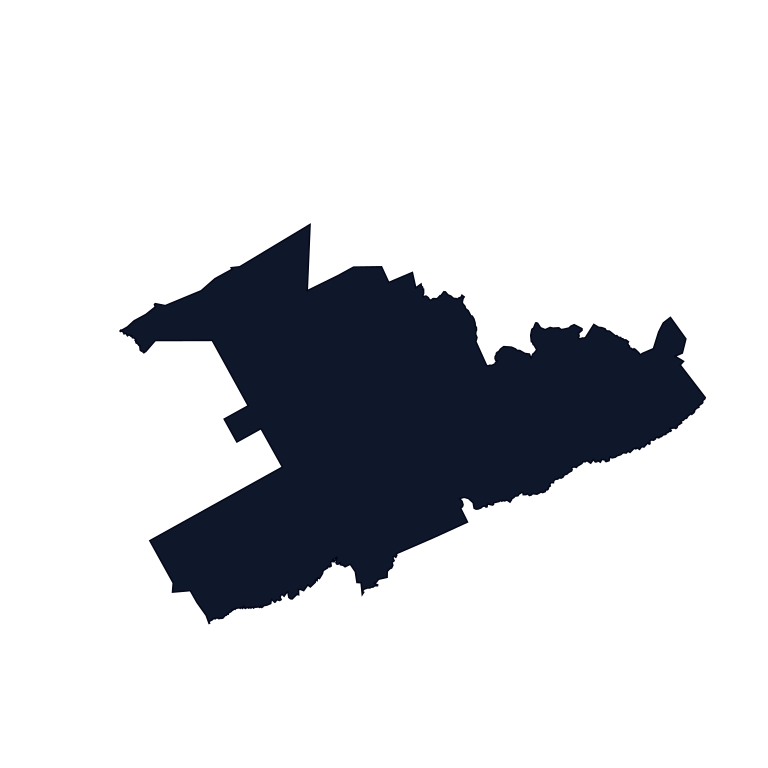 Casas Grandes, Chihuahua, Mexico (Natural Earth projection), rotated 61°
{"feature_id": "50627088B75483680253785", "entity_name": "Casas Grandes", "entity_type": "district", "adm_level": 2, "iso_a3": "MEX", "parent_name": "Mexico", "parent_adm1": "Chihuahua", "projection": "natural_earth1", "projection_center": [-108.11, 30.215], "detail": "fine", "context": "isolated", "style": "filled", "palette": "ink", "viewbox_px": 768, "rotation_deg": 61, "n_neighbors": 0, "source": "geoboundaries", "source_scale": "gbopen_adm2", "svg_char_len": 6169}
<svg xmlns="http://www.w3.org/2000/svg" viewBox="0 0 768 768"><g transform="rotate(61 384 384)"><path d="M551.7,109.6L511.0,115.7L509.4,111.0L500.8,116.0L501.6,108.1L490.9,98.1L464.6,101.2L466.0,110.2L471.7,118.6L483.7,131.2L482.5,143.2L482.7,145.8L480.2,146.0L475.4,147.5L474.3,148.3L475.1,149.4L472.7,150.4L471.5,151.8L469.9,150.9L468.9,151.4L466.4,151.1L465.6,149.7L462.7,151.0L461.7,152.8L460.3,153.1L459.2,154.5L458.0,154.4L457.0,156.2L454.5,156.9L454.2,158.2L447.0,161.2L445.4,163.7L442.8,163.9L440.1,166.4L438.5,168.8L433.6,171.6L440.9,185.0L441.0,186.9L440.1,187.7L439.3,191.2L437.9,191.5L436.5,190.0L434.0,189.3L433.0,184.7L431.6,184.0L424.3,188.9L424.0,192.6L424.7,195.1L423.2,200.2L422.3,202.7L419.6,203.8L417.0,209.2L415.1,211.2L414.6,216.7L410.7,219.8L405.3,220.2L404.4,220.9L404.1,221.8L407.8,226.3L407.6,227.5L408.3,228.6L412.6,232.1L418.4,234.6L419.5,233.9L421.8,234.4L422.7,233.9L428.1,233.8L429.7,237.5L430.0,239.4L432.5,242.3L432.6,242.9L428.3,242.3L425.5,246.0L420.5,249.0L419.1,251.4L417.0,252.0L413.6,254.6L409.3,261.2L409.9,265.2L411.3,268.1L411.1,269.4L411.6,270.9L412.3,270.9L413.8,273.4L415.5,274.5L417.3,274.8L418.5,273.9L418.4,274.5L419.2,275.0L419.2,276.0L420.2,277.2L420.0,280.6L418.8,282.6L418.6,284.7L416.9,285.2L391.5,283.1L388.4,280.1L384.9,279.7L382.6,278.2L381.8,277.0L379.4,275.8L377.2,275.9L375.0,274.8L370.7,273.8L367.4,273.9L366.5,275.0L360.8,274.8L357.6,276.1L355.2,275.5L351.7,276.2L350.3,275.8L347.6,273.4L346.7,271.6L344.1,272.8L345.4,274.5L345.0,277.1L345.4,279.1L344.3,279.4L342.8,281.7L339.6,282.8L336.9,284.9L333.2,285.6L332.3,286.9L334.5,291.8L333.9,292.2L335.2,296.2L333.2,299.4L333.1,300.4L333.6,301.5L333.1,302.7L332.3,303.4L330.0,303.4L327.7,304.4L327.1,305.4L326.9,307.4L325.1,306.8L323.8,305.3L320.2,303.4L319.5,304.1L318.0,303.3L316.4,303.8L314.5,303.1L315.3,309.6L300.2,305.1L297.5,330.6L280.3,329.3L267.0,354.0L266.9,371.8L265.2,405.9L208.6,371.3L211.5,453.4L208.2,461.3L210.0,461.4L209.9,480.7L213.8,498.7L209.4,537.3L202.8,545.1L203.1,546.2L205.7,546.7L207.7,558.5L207.6,572.0L209.7,580.7L209.8,587.3L209.2,587.9L209.7,589.2L210.3,589.1L210.6,587.5L212.3,586.9L214.1,587.1L214.4,585.3L217.5,585.0L217.3,583.6L218.7,582.0L219.0,582.4L219.8,582.0L219.7,581.1L221.6,581.6L222.5,580.2L224.8,579.5L225.1,580.4L225.7,580.0L226.5,580.7L228.2,580.8L228.5,580.1L231.5,579.6L231.9,579.0L236.3,580.8L237.7,580.2L237.6,579.7L238.8,578.7L239.4,579.3L240.3,578.9L240.0,576.4L235.1,563.0L262.6,513.1L337.2,513.3L337.2,540.8L363.4,540.8L363.4,513.2L407.4,513.1L407.5,664.8L455.8,664.8L463.5,669.9L470.8,653.6L484.3,653.5L500.2,651.7L508.6,653.1L508.7,652.6L506.9,652.3L507.0,648.7L506.5,646.6L507.6,645.4L507.3,643.4L509.1,642.3L509.6,641.1L509.2,640.5L510.3,639.6L510.6,638.4L509.4,635.0L509.8,634.2L509.3,632.4L509.8,631.8L508.9,631.2L508.9,628.0L508.1,627.1L508.6,626.4L508.1,624.0L508.9,623.5L508.5,622.6L509.1,620.0L510.0,618.9L510.0,618.0L510.6,618.0L510.3,617.1L511.6,616.5L510.8,615.8L512.1,614.7L510.9,614.3L513.0,613.8L512.6,613.1L513.2,612.7L513.7,610.4L514.4,610.8L514.7,609.1L515.5,609.0L515.0,607.5L516.8,606.7L516.3,604.7L517.1,604.4L518.0,601.9L519.0,601.2L518.5,600.4L518.6,599.7L519.3,600.1L520.2,599.3L520.1,597.9L519.5,596.9L520.6,593.7L521.1,589.5L518.7,587.7L518.1,586.6L521.9,585.4L522.0,584.7L520.7,582.4L522.8,580.2L522.7,578.5L519.8,578.2L518.5,575.9L518.8,575.0L521.2,574.3L519.0,569.8L519.2,568.9L524.5,570.7L526.5,569.9L527.5,568.5L525.8,562.3L527.0,560.8L522.3,558.5L523.4,556.4L525.8,554.4L522.8,548.1L525.8,546.8L524.1,540.3L522.1,539.0L523.6,537.9L521.3,536.2L522.9,534.8L520.1,529.9L517.7,527.6L517.5,522.6L516.5,521.4L517.7,520.1L517.6,518.4L513.7,516.9L513.9,515.8L515.3,513.8L514.5,513.1L513.8,514.0L512.7,514.0L513.0,510.9L512.6,509.3L513.6,509.3L514.6,511.1L514.4,511.7L516.2,511.6L516.8,512.6L518.4,512.7L519.3,511.7L519.2,508.9L520.9,509.8L522.8,507.6L525.0,506.7L525.2,501.5L526.1,500.8L534.3,500.1L544.5,503.9L546.7,500.4L557.6,505.1L556.3,502.7L554.8,503.6L553.8,500.9L554.4,497.2L555.6,495.2L555.5,493.5L556.3,492.1L556.0,489.9L557.3,487.5L556.7,486.9L553.7,489.1L553.1,488.3L553.6,487.6L553.5,486.4L552.1,483.5L554.6,475.0L549.5,472.0L548.4,468.7L548.6,466.5L546.8,464.1L543.9,463.5L543.5,460.8L540.7,460.6L539.7,459.9L539.6,458.6L541.3,457.7L540.2,456.0L538.4,455.4L542.3,415.5L545.2,377.9L529.8,377.2L529.3,374.8L528.0,373.4L524.5,372.6L520.9,373.4L521.9,368.9L525.1,365.6L531.1,363.6L536.3,365.4L538.0,364.3L538.9,362.5L539.4,359.3L538.9,356.7L539.9,354.6L541.1,354.5L541.4,353.4L539.6,352.1L539.4,351.3L542.5,347.8L542.5,346.7L541.3,345.9L541.2,345.1L542.6,340.2L542.3,338.8L543.7,337.7L543.3,336.8L544.8,335.2L545.1,332.7L548.4,331.1L547.0,328.4L546.2,328.1L546.3,325.7L545.6,323.7L546.7,321.0L545.8,319.4L545.6,316.1L546.9,315.2L548.3,315.9L549.6,313.5L549.5,311.9L552.1,310.8L552.5,309.0L552.0,307.1L554.6,303.6L554.6,299.1L555.9,297.9L556.3,295.1L555.1,294.0L555.8,292.3L555.4,291.2L554.0,290.2L553.8,288.0L552.0,287.4L551.2,286.1L552.5,283.6L550.9,282.5L550.4,280.2L551.4,278.2L551.0,276.0L552.2,274.8L552.3,272.7L550.9,270.4L551.5,267.5L550.9,265.5L551.0,262.0L550.0,260.9L548.6,260.8L548.1,259.5L549.0,257.5L550.3,256.1L549.6,254.8L549.5,249.7L548.4,247.3L549.6,245.8L549.4,243.7L553.5,241.6L551.6,237.5L554.6,237.0L555.2,235.6L554.6,234.2L557.3,232.7L555.6,230.0L557.9,227.2L558.7,227.8L559.6,227.4L560.2,224.3L558.4,222.9L557.5,221.3L559.2,220.4L560.2,217.1L559.8,214.8L560.6,211.2L560.0,208.4L561.9,205.4L560.9,203.4L563.1,202.0L561.5,196.4L562.9,195.2L562.6,193.6L565.1,192.2L563.7,189.0L565.2,187.2L563.3,181.7L565.2,181.3L565.2,180.3L562.3,178.8L562.6,177.3L563.9,175.4L563.6,173.1L562.7,172.4L562.9,170.4L564.0,170.4L564.4,169.4L563.9,167.4L564.4,167.3L564.4,166.4L563.8,164.4L564.5,162.8L564.5,161.4L563.7,161.4L563.3,160.4L563.6,159.4L564.1,159.4L563.7,157.8L564.3,156.4L564.1,155.4L561.4,155.4L563.4,151.1L564.4,150.4L564.2,148.9L562.6,147.3L562.3,142.5L560.4,142.5L560.8,139.7L560.1,137.5L560.7,136.0L559.2,133.3L558.8,129.6L559.8,129.5L559.3,126.8L558.6,125.7L557.6,125.8L557.4,123.9L556.7,123.0L557.0,119.8L555.5,119.4L555.2,115.1L554.8,114.2L553.4,113.5L552.8,112.5L552.7,110.9L551.7,109.6Z" fill="#0f172a" stroke="#020617" stroke-width="1.5"/></g></svg>